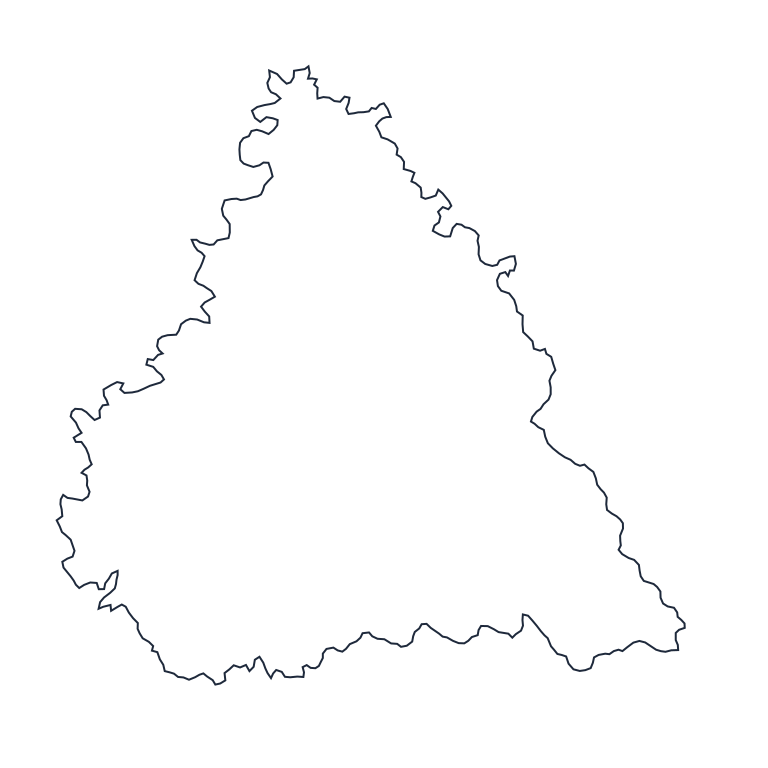 outline of Luz, Minas Gerais, Brazil, rotated 184°
{"feature_id": "56859067B37044810293791", "entity_name": "Luz", "entity_type": "district", "adm_level": 2, "iso_a3": "BRA", "parent_name": "Brazil", "parent_adm1": "Minas Gerais", "projection": "orthographic", "projection_center": [-45.672, -19.865], "detail": "fine", "context": "isolated", "style": "outline", "palette": "slate", "viewbox_px": 768, "rotation_deg": 184, "n_neighbors": 0, "source": "geoboundaries", "source_scale": "gbopen_adm2", "svg_char_len": 6105}
<svg xmlns="http://www.w3.org/2000/svg" viewBox="0 0 768 768"><g transform="rotate(184 384 384)"><path d="M495.6,690.2L495.5,683.7L498.2,678.4L502.1,676.8L507.1,680.7L512.3,685.8L520.4,688.7L519.2,682.1L521.4,676.2L519.7,670.7L517.0,667.2L512.0,665.5L507.2,661.6L512.6,656.7L517.0,655.3L522.7,653.9L529.8,651.5L534.8,647.4L531.3,640.4L525.7,636.8L519.9,642.0L513.4,641.3L508.5,639.9L508.5,634.7L511.8,629.8L516.6,625.3L523.2,627.6L528.7,628.7L533.9,627.1L536.1,621.8L541.4,619.4L544.4,614.6L544.6,608.0L543.9,602.6L542.9,597.3L539.4,594.1L535.1,592.8L529.5,591.4L523.5,593.5L519.7,596.5L514.7,596.6L512.0,590.3L509.6,583.2L513.8,578.2L517.2,573.7L518.2,569.1L519.9,564.6L523.2,562.4L527.1,561.4L535.1,558.4L539.9,557.5L543.8,558.6L549.1,557.9L555.8,556.0L558.0,547.4L556.1,540.7L552.5,536.9L549.1,532.8L548.4,524.3L549.3,518.7L560.3,515.7L563.7,511.3L567.9,510.6L572.1,511.5L577.4,512.4L581.1,514.8L585.9,514.4L582.7,508.3L579.3,504.3L575.1,502.2L571.9,499.0L573.4,493.4L575.3,487.7L578.4,481.5L580.2,474.3L576.1,471.0L571.0,469.4L567.5,467.3L562.7,464.7L558.8,459.3L563.8,455.9L568.6,452.8L571.9,448.4L567.8,443.7L563.1,439.2L562.3,432.8L567.9,433.0L574.9,435.3L581.8,435.5L586.1,433.4L590.6,429.5L592.3,423.0L594.7,418.7L603.3,417.6L608.7,415.7L612.3,412.5L613.0,405.9L610.7,402.0L607.0,399.0L611.4,397.3L615.8,391.8L621.4,392.4L622.4,386.7L615.4,385.0L611.4,380.8L606.7,377.5L603.8,373.2L607.0,369.9L617.3,365.9L623.4,362.5L629.0,359.6L634.7,358.0L642.3,357.0L646.7,360.4L644.1,366.4L650.4,367.3L656.0,364.0L663.4,358.9L662.5,352.7L659.6,348.5L657.7,344.2L663.1,343.1L666.0,337.8L665.0,330.7L670.2,327.9L674.6,331.4L679.0,335.2L683.8,337.7L690.4,337.7L693.5,334.5L694.3,329.8L688.6,324.0L685.6,318.4L682.3,314.2L689.8,308.8L687.4,304.7L681.8,305.1L676.8,299.0L673.8,293.0L672.3,287.9L670.0,283.5L673.3,280.1L676.8,277.6L679.5,274.3L674.4,272.0L673.3,266.9L673.3,262.2L670.2,255.9L671.4,251.1L676.8,246.8L686.9,248.0L691.8,248.3L696.3,251.0L698.4,246.4L698.4,241.5L696.8,236.4L695.7,229.7L701.0,225.2L697.5,219.3L694.9,213.8L690.9,211.0L685.7,206.8L681.1,196.0L682.6,190.1L687.7,187.7L692.5,184.2L690.9,178.5L683.1,170.2L679.8,166.2L677.4,162.3L673.8,159.2L669.1,162.7L663.2,165.5L656.7,165.5L654.2,159.4L648.9,159.9L648.2,165.7L644.9,170.6L642.3,176.0L636.7,179.0L636.4,174.8L637.2,170.1L637.4,165.7L638.3,161.3L642.6,156.6L648.4,151.5L652.0,146.6L653.0,139.9L648.5,142.2L641.4,144.5L640.4,138.7L634.2,143.1L630.2,145.7L626.1,143.8L622.6,138.2L618.0,132.9L612.9,128.4L612.7,122.6L610.4,118.3L607.0,113.5L600.6,110.4L596.0,106.5L596.9,101.8L591.4,100.7L588.4,93.7L584.6,88.5L582.7,82.3L577.6,81.4L573.3,80.4L569.0,77.4L563.6,77.3L557.9,75.4L552.0,78.3L547.8,81.1L544.0,82.7L540.1,79.9L534.2,76.6L531.3,72.4L526.5,73.8L521.6,77.3L522.9,84.5L518.4,88.5L514.3,92.9L507.8,91.2L502.1,94.1L498.2,88.2L494.3,92.8L493.6,99.9L489.2,103.2L485.0,97.6L482.5,92.0L480.0,87.5L476.2,82.7L474.4,87.5L471.6,91.2L465.9,89.7L462.4,85.0L457.1,84.9L450.0,86.1L444.0,86.1L443.7,90.8L445.4,95.9L441.5,98.2L437.4,95.7L432.6,95.7L429.3,98.2L427.7,102.2L425.9,106.4L426.2,110.8L422.9,115.7L416.1,117.5L411.6,115.0L406.9,114.1L403.4,117.2L400.0,122.1L393.5,125.4L389.8,129.3L388.0,133.9L381.6,135.1L378.1,131.5L372.7,129.4L365.8,129.4L358.8,125.7L352.7,125.7L348.7,123.0L343.0,124.5L337.9,129.0L337.3,134.4L336.0,138.8L331.8,142.6L329.7,147.0L324.8,147.7L320.4,144.0L311.6,138.8L307.9,136.1L303.5,135.6L297.3,132.6L291.4,130.7L285.8,130.9L282.0,133.7L278.7,137.7L273.0,140.0L272.5,145.1L270.3,149.4L263.6,149.7L257.2,147.0L252.4,144.5L242.5,143.6L238.3,139.9L235.1,143.6L230.1,147.5L228.5,152.6L229.4,158.2L229.4,163.8L224.1,162.9L219.6,158.5L214.7,153.4L210.3,148.4L206.4,144.5L203.0,141.9L199.1,134.0L195.9,130.8L192.2,126.8L187.9,126.1L183.3,124.9L180.4,117.9L175.1,112.6L168.7,111.4L163.2,112.6L158.0,115.0L156.2,120.5L155.4,125.9L151.0,128.7L144.5,130.4L140.3,130.2L136.1,133.6L131.5,135.3L127.5,134.2L123.1,138.3L117.2,143.4L111.3,145.5L105.4,144.4L94.0,137.9L89.1,136.8L84.5,136.5L78.8,138.4L72.0,139.1L72.7,144.2L75.1,148.9L75.6,156.0L72.5,159.4L67.0,161.7L67.5,166.1L71.0,169.4L74.8,172.2L75.6,176.6L79.1,181.0L85.5,181.9L90.3,184.5L93.2,190.1L93.8,196.3L97.4,200.6L101.1,203.3L111.1,205.7L114.5,210.1L116.0,215.7L117.1,221.3L122.2,226.0L127.8,227.5L134.5,230.9L138.4,235.0L136.5,239.5L137.3,243.7L137.9,249.2L135.5,256.5L136.0,261.8L138.9,265.3L142.8,268.3L147.6,270.6L152.7,273.9L153.9,279.5L153.9,286.2L157.0,291.0L160.5,294.1L164.3,298.4L166.1,304.7L169.0,310.9L174.2,314.2L178.4,317.6L182.8,316.1L187.7,317.7L192.6,321.4L198.4,323.5L204.7,327.1L211.1,331.6L216.4,336.3L219.5,342.7L221.4,349.4L227.1,351.7L231.1,354.9L234.8,356.8L233.7,361.5L229.8,367.1L226.1,370.1L223.4,375.0L218.8,379.9L217.0,385.4L217.5,392.3L219.2,398.8L217.5,403.9L214.0,409.8L216.6,416.0L219.1,422.8L224.1,425.4L225.9,430.2L230.6,428.1L237.0,429.7L238.8,436.9L243.8,441.4L248.8,445.5L250.0,453.3L250.4,462.0L256.4,465.6L257.5,470.8L260.0,477.0L265.5,483.1L273.5,485.2L277.2,489.6L278.5,495.5L276.1,502.0L270.8,504.1L267.8,500.4L266.3,506.0L262.3,506.2L260.8,513.0L262.8,520.6L267.3,519.9L277.4,515.3L279.4,510.8L284.2,509.3L291.4,510.8L296.4,514.1L298.7,520.0L298.9,527.4L300.7,533.4L299.9,538.8L304.0,542.9L309.7,545.5L314.2,546.0L317.8,548.3L322.7,548.8L326.3,544.4L328.3,535.9L333.9,535.3L339.4,537.1L346.0,540.2L344.7,545.6L340.5,549.0L339.4,555.1L342.1,559.5L337.7,564.6L332.0,562.8L329.3,566.4L331.8,570.7L338.8,578.2L343.4,581.7L345.5,575.6L350.6,573.4L355.7,571.6L359.8,573.1L360.0,577.4L361.1,582.5L366.6,586.5L370.8,588.0L369.7,592.6L368.4,596.8L372.5,598.4L379.3,599.8L379.5,607.0L383.0,611.5L387.4,613.7L386.9,619.9L390.0,624.6L397.5,628.3L403.8,629.9L406.3,635.3L410.1,641.1L407.1,645.7L404.1,648.7L400.3,650.4L395.9,650.9L399.5,658.6L403.8,664.0L407.8,662.3L411.3,657.8L415.6,658.5L418.1,654.9L423.5,653.7L428.7,653.2L432.8,652.0L438.2,650.9L440.9,655.7L438.9,661.9L438.4,667.2L443.4,667.9L447.4,662.5L453.3,662.8L458.5,665.8L464.5,666.0L470.2,664.1L470.9,669.3L470.9,674.9L474.6,677.7L472.3,683.2L476.7,683.8L481.1,683.3L479.8,689.0L481.5,695.6L485.0,692.6L495.6,690.2Z" fill="none" stroke="#1e293b" stroke-width="2"/></g></svg>